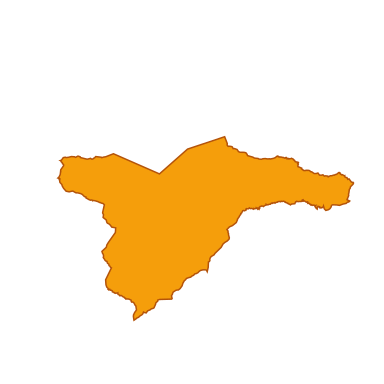 Tano South Municipal, Brong Ahafo, Ghana (Robinson projection), rotated 229°
{"feature_id": "2480657B7981851544250", "entity_name": "Tano South Municipal", "entity_type": "district", "adm_level": 2, "iso_a3": "GHA", "parent_name": "Ghana", "parent_adm1": "Brong Ahafo", "projection": "robinson", "projection_center": [-2.05, 7.161], "detail": "fine", "context": "isolated", "style": "filled", "palette": "amber", "viewbox_px": 384, "rotation_deg": 229, "n_neighbors": 0, "source": "geoboundaries", "source_scale": "gbopen_adm2", "svg_char_len": 6007}
<svg xmlns="http://www.w3.org/2000/svg" viewBox="0 0 384 384"><g transform="rotate(229 192 192)"><path d="M212.3,252.9L227.3,216.8L227.0,179.3L272.4,157.8L275.2,150.0L276.4,148.1L277.1,146.4L277.7,146.4L281.9,142.6L281.7,140.8L282.0,140.0L281.9,139.5L282.1,138.5L282.7,137.8L284.0,137.5L285.3,134.7L286.2,133.9L291.2,130.4L291.8,130.7L293.4,129.9L294.0,129.3L294.5,126.9L295.7,126.4L297.9,124.2L299.2,121.6L300.6,119.5L301.4,119.2L302.4,117.4L301.7,114.4L302.1,113.3L301.5,113.6L300.8,113.1L299.3,113.3L298.3,112.8L297.1,113.1L296.1,112.4L294.9,107.6L293.8,106.3L293.3,106.2L293.1,105.6L291.7,104.1L290.6,101.6L290.5,100.0L289.8,100.5L289.7,100.3L289.0,100.4L288.9,100.9L288.7,100.9L288.7,100.4L288.3,100.6L288.0,99.8L287.0,99.4L286.4,98.8L285.4,98.6L283.1,98.7L281.6,98.0L279.0,97.5L275.2,97.5L272.7,99.4L271.4,101.9L270.8,102.7L267.6,103.8L266.2,105.3L263.7,107.0L262.2,107.6L259.1,107.8L257.8,108.7L257.1,108.1L253.7,109.3L252.4,110.0L252.2,110.6L251.4,111.3L250.6,111.2L250.4,111.9L249.0,113.1L245.9,115.0L244.9,115.2L244.1,116.0L243.4,116.1L241.7,117.3L239.9,117.5L235.2,111.2L234.8,110.8L232.9,110.3L231.1,108.2L227.1,108.9L225.2,107.9L224.0,107.7L222.4,108.4L220.8,108.6L218.1,108.4L215.0,110.9L211.7,107.6L208.8,95.8L207.9,93.0L206.5,91.0L206.3,85.1L204.6,84.3L203.2,84.1L201.7,83.3L200.7,82.0L198.9,81.9L198.1,81.6L196.6,81.6L195.3,82.3L194.2,81.6L193.5,81.5L192.1,81.9L190.9,81.1L189.7,81.4L188.8,81.1L187.6,81.4L182.4,69.2L178.4,66.2L176.2,65.3L173.8,65.4L173.7,64.9L173.3,65.1L172.9,64.9L172.5,66.1L171.6,65.8L170.9,66.5L169.9,67.0L168.8,66.4L167.9,67.1L167.5,67.1L167.1,67.4L166.8,67.2L165.8,67.7L165.7,68.2L164.5,69.4L164.5,69.8L163.2,69.0L161.9,69.6L160.9,69.5L160.6,70.5L160.1,70.8L158.1,71.2L157.0,71.8L156.2,71.6L155.4,72.2L154.7,71.8L153.1,73.7L152.0,74.4L150.2,75.1L149.4,74.4L148.6,74.2L147.7,75.2L146.1,75.4L144.1,74.8L142.9,74.9L139.4,72.7L138.7,69.7L137.6,67.2L136.4,66.0L133.3,64.1L133.0,66.5L133.0,68.1L132.5,69.4L132.6,71.6L132.2,73.6L132.3,74.9L133.2,76.6L132.4,76.9L130.8,78.1L131.4,80.6L130.5,83.2L130.5,84.9L129.8,85.9L129.5,87.3L131.2,90.9L131.9,91.7L132.1,92.6L132.1,94.5L132.9,95.2L132.2,97.0L124.5,106.4L124.9,107.4L126.1,107.6L126.5,108.2L127.2,108.5L127.7,110.2L128.2,110.8L128.8,112.1L128.4,115.3L127.7,116.6L127.0,117.4L126.9,119.7L127.7,123.0L129.1,125.2L130.1,128.1L130.0,129.5L130.4,131.1L129.6,133.2L128.6,135.2L128.6,136.9L128.1,138.6L128.4,140.3L127.6,141.8L127.2,143.7L127.4,145.2L127.2,147.0L126.0,149.3L124.3,151.2L123.5,151.6L121.9,151.2L124.5,154.8L128.4,158.5L128.2,159.2L128.4,160.4L129.7,161.4L130.3,162.5L130.7,164.1L130.1,167.6L130.6,168.9L131.1,177.7L132.4,181.3L132.4,183.7L131.9,186.5L132.1,189.0L132.9,190.1L135.8,191.5L136.7,192.3L137.8,192.6L138.9,193.6L140.8,193.7L141.1,197.4L140.1,200.5L139.9,205.4L141.3,208.2L141.7,208.5L142.4,211.6L142.9,212.4L143.1,214.1L143.8,214.7L143.6,215.7L144.6,218.0L144.3,218.7L143.5,219.1L143.2,219.7L143.1,220.6L143.4,221.1L143.1,221.1L143.7,222.2L142.4,223.3L142.4,224.9L141.2,225.1L140.4,226.4L138.9,227.0L139.2,227.4L139.2,227.8L138.1,228.3L137.7,229.7L137.9,230.0L137.5,230.0L137.3,230.4L136.3,230.2L136.6,231.1L135.8,231.4L135.5,231.2L135.3,231.8L135.1,231.7L135.4,232.6L136.3,232.7L136.4,233.9L135.9,234.6L135.8,235.3L134.7,236.3L134.2,236.3L134.0,238.2L133.4,239.6L134.0,239.9L132.5,240.8L132.1,242.2L131.4,243.0L131.3,243.4L131.6,244.0L131.3,244.7L130.8,245.1L131.0,245.4L130.6,245.5L130.2,246.6L129.6,247.1L129.7,247.3L129.1,247.4L129.0,248.7L128.3,249.7L128.2,250.1L128.4,250.3L128.0,251.1L127.2,252.2L126.7,252.2L126.4,253.4L126.0,253.5L125.6,253.9L125.2,254.9L123.7,255.8L123.5,255.5L122.6,255.8L121.6,256.6L121.1,256.5L120.3,257.1L119.9,256.9L118.8,257.6L117.7,257.8L117.6,259.2L115.7,261.9L116.6,263.8L116.2,264.3L116.3,265.0L115.2,265.6L114.1,267.2L113.2,268.1L113.0,269.1L113.6,269.8L113.3,270.8L112.8,270.7L112.6,269.7L112.3,269.6L111.4,271.0L109.3,271.6L109.0,272.5L108.3,272.4L108.2,272.7L107.4,272.4L107.3,272.1L106.5,273.0L105.9,272.9L105.6,273.2L105.2,273.0L104.3,273.1L104.2,273.6L103.8,273.5L103.7,274.0L102.6,274.4L102.3,275.3L101.4,275.8L101.0,275.7L100.6,276.5L100.2,275.2L99.8,275.3L97.9,275.0L97.7,275.2L97.0,275.3L97.4,275.8L98.2,276.1L98.6,277.7L97.2,278.6L97.0,278.0L96.6,278.2L95.4,278.1L95.9,278.4L95.6,278.7L95.4,279.3L95.1,279.3L94.8,279.9L94.8,281.5L95.1,282.0L92.6,280.8L90.3,280.9L89.1,283.4L88.9,285.2L89.5,287.3L90.3,288.4L90.2,289.6L87.4,292.6L85.1,294.6L83.8,298.1L82.3,300.8L82.3,302.8L81.8,303.4L81.6,304.3L81.7,305.1L84.5,303.9L86.5,307.9L87.8,308.8L88.4,309.8L90.7,312.4L91.0,313.7L92.0,315.1L92.2,318.6L92.8,319.8L93.5,319.9L93.7,319.4L94.6,319.2L94.9,318.8L98.9,319.1L99.3,317.9L101.3,318.4L101.8,317.8L103.1,317.3L104.1,318.0L104.2,317.6L106.4,316.9L106.7,316.2L107.4,316.2L107.8,315.8L109.0,315.8L109.1,316.2L109.9,316.1L110.4,315.5L110.5,312.7L111.2,311.5L111.3,310.5L111.9,309.9L112.6,308.1L113.5,307.1L114.1,304.7L114.9,304.9L116.6,303.4L117.2,302.3L119.1,302.1L119.7,300.8L121.1,299.3L123.7,299.5L124.5,297.8L125.8,296.3L128.7,295.6L129.4,294.9L130.8,294.8L131.6,294.4L132.8,293.2L132.8,292.9L133.6,292.4L133.9,291.4L135.2,290.2L136.2,290.3L136.8,289.9L137.6,290.2L137.8,290.0L138.1,290.4L141.7,288.6L142.8,289.6L143.0,290.2L144.1,290.3L144.0,290.9L144.6,291.1L144.5,291.6L144.8,291.6L147.1,289.8L148.8,290.2L149.6,289.7L150.3,290.0L152.2,289.2L152.3,288.5L153.2,287.4L153.2,286.9L153.8,286.5L154.1,286.7L154.4,286.5L154.6,285.6L155.1,285.9L156.3,285.7L156.2,285.3L156.5,285.0L156.3,284.8L156.7,284.2L158.5,283.4L158.7,282.9L159.7,282.4L160.4,281.5L160.9,281.4L161.0,280.9L161.9,280.3L162.2,280.4L162.5,280.1L162.9,280.3L163.3,279.4L163.3,277.4L163.9,275.7L165.6,272.6L166.0,272.5L167.4,270.7L169.1,269.3L170.0,268.2L170.8,266.9L171.1,265.9L173.0,264.1L173.9,263.9L175.0,262.9L176.6,261.4L178.4,260.8L183.0,257.8L184.4,258.3L186.3,258.4L187.8,257.3L190.6,254.2L192.0,253.6L194.5,253.9L197.0,252.5L197.7,251.5L199.5,252.0L200.3,251.7L201.7,250.6L202.8,249.2L204.4,249.3L205.4,250.4L212.3,252.9Z" fill="#f59e0b" stroke="#b45309" stroke-width="1.5"/></g></svg>